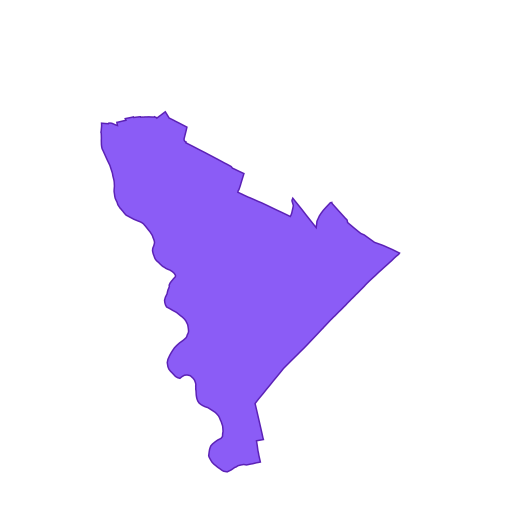 outline of Odoreu, Satu Mare, Romania, rotated 64°
{"feature_id": "2599482B64925111842123", "entity_name": "Odoreu", "entity_type": "district", "adm_level": 2, "iso_a3": "ROU", "parent_name": "Romania", "parent_adm1": "Satu Mare", "projection": "robinson", "projection_center": [22.987, 47.81], "detail": "fine", "context": "isolated", "style": "filled", "palette": "violet", "viewbox_px": 512, "rotation_deg": 64, "n_neighbors": 0, "source": "geoboundaries", "source_scale": "gbopen_adm2", "svg_char_len": 5797}
<svg xmlns="http://www.w3.org/2000/svg" viewBox="0 0 512 512"><g transform="rotate(64 256 256)"><path d="M439.6,356.2L440.0,354.7L440.6,352.2L441.3,349.9L442.1,346.0L442.5,344.8L443.1,342.4L435.9,340.7L434.7,340.3L431.8,339.6L427.3,338.1L422.3,336.6L424.2,329.8L422.5,329.5L418.9,328.6L407.8,326.0L397.0,323.5L388.2,321.5L385.7,316.5L382.7,309.8L380.4,305.0L378.2,300.1L375.9,295.3L373.7,290.4L371.5,285.6L369.1,280.5L367.5,275.9L365.8,271.0L363.6,264.5L363.4,263.8L361.6,258.6L359.9,253.5L358.2,248.8L356.5,244.3L354.7,239.5L352.8,234.4L350.7,228.9L350.3,227.6L349.5,225.8L349.0,224.3L348.4,222.8L347.5,220.4L346.7,218.3L346.2,217.0L345.8,215.7L345.3,214.3L344.8,212.9L344.4,211.4L343.9,210.0L343.0,207.5L342.5,206.1L342.1,204.8L341.6,203.2L340.8,200.9L340.2,199.3L339.8,198.0L339.3,196.6L339.0,195.7L338.8,195.5L338.4,194.4L338.3,194.0L337.9,192.9L337.4,191.4L336.9,190.1L336.4,188.7L336.0,187.3L335.6,186.2L335.1,184.7L334.8,184.0L334.6,183.5L334.3,182.5L334.1,181.8L333.5,180.0L332.4,177.0L331.5,174.3L330.5,171.5L330.1,170.7L329.5,169.0L329.1,167.9L328.6,166.3L328.4,165.8L327.5,162.9L326.6,159.9L325.8,157.1L325.0,154.7L324.2,152.1L323.4,149.2L322.5,146.2L321.8,143.7L321.1,141.2L320.3,138.5L319.7,136.3L318.5,132.8L317.6,129.7L317.5,129.0L317.4,128.6L317.2,127.7L316.9,126.8L316.6,126.2L316.3,125.7L314.8,126.9L310.1,130.5L305.5,134.4L303.2,136.3L301.3,138.0L295.7,143.5L284.5,149.5L281.7,151.9L278.8,153.3L274.0,155.5L271.3,156.7L269.9,157.3L268.4,158.0L266.0,159.0L263.8,158.4L263.4,158.4L262.1,158.8L261.8,159.0L259.0,159.8L255.2,160.9L251.5,162.0L248.6,162.8L243.0,164.4L241.6,164.7L241.1,164.4L240.8,165.3L240.7,165.8L243.0,171.9L244.4,175.4L246.1,178.7L247.7,181.4L248.7,182.6L250.5,184.8L251.5,186.0L254.1,187.6L256.9,189.5L246.5,191.8L240.6,193.1L234.7,194.3L225.5,196.4L220.2,197.6L220.5,197.9L221.1,198.6L221.6,199.1L222.2,199.5L222.8,199.6L226.4,200.2L227.1,200.4L227.4,200.6L229.0,201.8L233.0,205.0L234.3,206.3L234.7,206.8L235.5,207.9L232.8,210.0L227.5,214.2L224.2,216.9L221.3,219.2L215.7,223.6L210.7,227.6L207.8,230.2L204.3,233.1L200.9,236.0L199.9,237.0L196.2,240.0L190.7,244.4L189.3,243.2L189.3,242.9L188.9,242.3L185.9,239.3L184.0,237.6L179.5,233.4L176.6,230.7L175.9,231.3L173.3,233.4L171.3,235.0L167.5,238.0L166.9,238.6L166.2,238.8L165.1,239.0L164.4,239.3L160.6,242.0L158.4,243.7L156.1,245.3L151.7,248.5L147.3,251.7L143.9,254.2L140.6,256.6L135.3,260.6L130.0,264.5L126.7,267.0L123.5,269.4L123.2,269.2L122.9,268.9L122.8,269.0L122.1,269.5L121.6,269.7L121.0,269.8L120.5,269.8L119.9,269.6L119.3,269.4L114.3,265.2L112.4,263.6L109.9,261.6L103.0,266.7L99.6,269.3L97.9,270.5L93.9,273.6L86.6,274.3L88.6,284.7L87.9,284.8L87.7,285.1L87.5,285.3L87.4,285.5L87.1,285.6L86.9,285.8L86.6,285.9L86.5,286.0L86.3,286.1L86.3,286.3L86.3,286.5L86.5,286.6L85.8,288.0L84.2,290.9L84.0,291.2L83.5,292.4L82.4,294.7L82.0,295.8L81.0,298.0L80.7,298.8L80.2,298.8L79.9,299.5L79.0,302.0L77.9,305.2L77.2,305.2L77.0,306.4L76.3,309.1L75.2,313.3L75.4,313.3L77.0,313.4L76.2,316.8L75.1,321.8L74.9,322.5L78.0,323.3L76.7,324.7L73.8,327.1L73.0,328.1L72.0,330.0L72.4,330.7L70.9,333.3L68.9,336.6L69.6,336.9L70.5,337.3L71.5,337.8L72.7,338.5L76.0,340.5L76.7,341.1L77.8,341.3L79.7,342.1L82.3,343.3L84.4,344.4L88.1,346.1L90.1,346.8L90.9,347.0L92.1,347.3L94.9,347.3L100.8,347.5L104.7,347.6L110.5,347.6L113.9,348.1L116.9,348.5L118.8,348.8L121.1,349.5L125.8,350.5L126.4,350.7L127.6,351.1L129.2,351.8L131.1,352.6L134.3,354.5L135.9,355.3L138.4,356.1L140.2,356.7L142.2,357.2L143.7,357.3L146.8,357.3L149.4,357.7L151.6,357.4L153.1,357.2L153.9,357.1L154.7,356.7L155.5,356.6L156.9,356.2L157.6,356.0L158.8,355.8L161.2,355.2L162.4,354.8L164.4,353.3L165.3,352.7L168.3,350.5L169.2,349.9L172.7,346.8L174.4,345.2L175.4,344.4L176.7,343.6L177.9,343.0L179.6,342.6L180.6,342.3L183.8,341.6L185.7,341.2L187.6,340.7L189.3,340.5L190.9,340.3L192.6,340.2L193.5,340.4L194.7,340.5L196.3,340.6L197.7,340.8L199.2,341.2L200.4,342.0L202.1,343.5L202.8,344.3L203.6,345.2L204.4,345.8L205.9,346.7L208.3,347.3L209.5,347.5L211.0,347.6L212.4,347.8L213.9,347.9L215.2,347.8L216.7,347.4L217.6,347.1L219.0,346.4L220.6,345.9L222.2,345.3L223.6,344.8L224.7,344.2L224.8,344.2L226.3,343.1L227.2,342.7L227.9,342.2L228.9,341.4L229.6,340.8L230.8,339.6L231.8,339.0L232.9,338.3L233.9,337.8L234.9,337.4L235.8,337.1L236.6,337.0L237.3,336.9L238.1,336.9L238.8,337.2L239.4,337.8L239.8,338.8L240.2,340.0L240.9,341.4L241.6,343.1L242.6,345.0L244.1,346.8L245.5,347.3L246.8,348.7L247.7,349.8L249.4,351.3L251.0,352.5L253.3,355.5L255.7,357.6L258.0,358.4L260.3,358.8L262.6,358.7L264.5,357.3L266.2,356.1L267.8,355.1L269.6,353.8L271.1,352.7L272.4,351.9L276.6,350.0L278.7,348.9L281.5,347.9L283.8,347.5L287.8,347.5L289.9,348.1L292.0,348.8L294.3,349.7L295.6,350.8L296.8,352.4L298.1,353.6L298.8,354.7L299.8,358.1L300.6,362.8L301.6,366.3L302.7,369.4L304.4,372.4L305.9,374.8L307.5,377.1L310.3,380.5L312.9,382.5L316.9,383.7L319.4,383.9L321.0,383.6L322.3,383.3L324.3,382.6L325.6,382.2L328.9,381.2L331.0,379.8L332.6,378.0L332.0,375.6L331.8,372.6L332.7,370.1L334.8,367.5L338.4,366.1L340.4,365.7L342.0,365.8L343.6,366.0L345.1,366.4L346.5,367.2L348.1,367.9L349.2,368.5L350.8,369.0L352.5,369.7L354.9,370.7L356.8,371.3L358.6,371.7L360.9,371.9L363.2,371.6L365.3,370.6L366.9,369.6L369.2,367.8L371.2,365.7L374.0,364.0L376.3,362.6L378.5,361.3L380.3,360.6L383.2,359.8L385.0,359.7L387.9,359.9L389.8,359.9L390.9,360.1L394.1,360.5L396.5,361.4L399.2,362.5L401.1,363.9L403.5,365.2L404.6,367.4L404.6,371.0L405.1,374.1L405.9,377.5L406.9,379.9L408.2,381.3L409.6,382.6L411.6,384.0L414.8,386.1L416.5,386.3L418.7,386.2L420.2,386.1L422.1,385.9L423.1,385.6L424.9,385.0L426.7,384.1L428.1,383.5L429.7,382.7L431.4,381.7L433.6,380.6L435.2,379.5L436.4,377.9L437.4,376.5L437.4,374.4L437.4,372.0L436.7,367.7L436.9,366.6L436.6,364.0L437.2,361.2L438.0,358.4L439.6,356.2Z" fill="#8b5cf6" stroke="#5b21b6" stroke-width="1.5"/></g></svg>